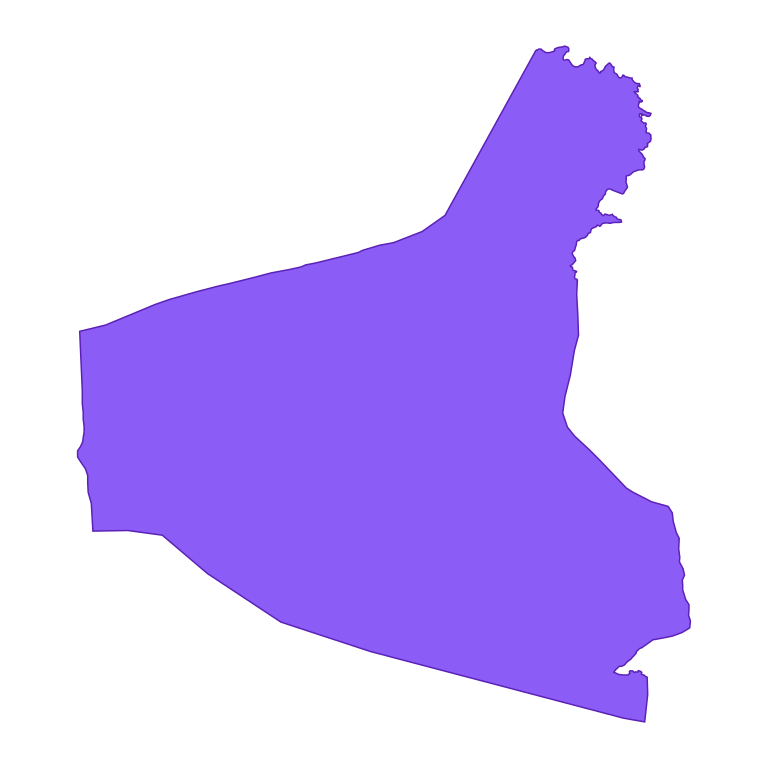 Yahukimo, Papua, Indonesia
{"feature_id": "22746128B87177062694316", "entity_name": "Yahukimo", "entity_type": "district", "adm_level": 2, "iso_a3": "IDN", "parent_name": "Indonesia", "parent_adm1": "Papua", "projection": "albers", "projection_center": [140.01, -4.389], "detail": "fine", "context": "isolated", "style": "filled", "palette": "violet", "viewbox_px": 768, "rotation_deg": 0, "n_neighbors": 0, "source": "geoboundaries", "source_scale": "gbopen_adm2", "svg_char_len": 5969}
<svg xmlns="http://www.w3.org/2000/svg" viewBox="0 0 768 768"><path d="M370.4,651.5L623.6,718.2L644.7,721.9L647.7,694.6L647.2,677.3L646.4,676.7L645.4,676.5L644.6,675.4L643.5,674.9L642.3,674.7L641.5,674.2L641.3,673.7L641.8,672.6L641.5,672.1L640.6,671.4L638.5,670.6L638.2,670.7L638.1,671.6L637.9,672.0L637.4,672.1L635.7,671.8L634.6,672.4L634.0,672.3L633.0,671.2L632.2,670.8L630.6,670.8L629.8,671.0L629.4,671.6L629.8,673.5L628.5,674.3L627.8,675.0L623.3,675.0L618.5,674.4L614.8,672.6L613.8,672.3L614.8,670.6L615.4,670.4L616.0,669.3L617.4,668.2L618.5,666.7L620.3,666.3L621.5,666.3L623.9,665.3L625.0,664.4L626.9,662.1L631.1,658.9L632.3,657.3L633.0,656.7L635.5,654.0L636.2,652.9L636.3,651.8L636.8,651.1L637.7,650.5L638.6,649.4L639.9,648.4L642.3,647.5L643.2,646.7L652.9,639.8L661.4,638.3L672.4,636.1L682.3,632.4L689.7,627.9L690.4,620.9L688.6,615.4L689.0,609.1L689.0,604.7L685.7,599.5L682.7,589.9L682.7,585.5L682.3,580.3L684.5,575.1L683.1,568.8L679.4,561.8L679.8,557.4L678.7,548.9L679.2,538.3L676.4,532.8L673.2,521.2L672.3,512.9L668.2,506.4L651.6,501.8L632.7,492.1L626.3,488.0L598.9,459.3L589.7,450.1L574.4,435.9L567.4,427.1L562.7,413.0L565.0,396.4L570.3,375.3L574.4,350.5L578.5,335.2L577.9,316.9L576.7,294.0L577.3,281.9L577.0,281.2L577.2,280.6L577.4,280.6L577.3,280.1L577.0,279.3L575.2,278.9L574.7,278.2L574.5,277.3L575.0,274.3L574.9,272.8L575.1,272.6L576.4,272.1L576.6,271.7L576.4,271.3L575.3,270.9L573.3,270.4L572.8,269.9L572.4,267.3L572.0,267.0L570.6,266.5L570.2,265.9L571.0,265.1L572.1,264.8L575.7,260.6L575.0,258.0L573.7,256.6L572.3,253.9L572.5,252.2L573.2,251.3L574.1,250.9L574.7,250.3L575.0,248.6L576.3,244.7L576.6,241.8L577.6,240.4L578.4,240.6L579.2,240.3L579.9,239.3L580.9,238.7L584.1,237.9L585.5,237.3L586.1,236.7L586.4,236.1L587.1,235.7L587.7,234.9L587.8,234.0L588.1,233.4L589.6,233.0L590.5,232.4L591.0,229.7L591.5,228.9L592.5,228.2L596.4,226.6L597.3,225.2L598.3,225.4L599.6,226.2L600.7,225.9L601.1,224.9L601.9,224.0L602.9,223.4L603.9,223.1L607.2,222.9L608.5,223.0L609.3,223.3L610.2,223.3L613.5,222.5L620.1,222.4L621.5,222.0L621.2,220.2L620.8,219.8L619.9,219.5L618.1,219.4L617.4,219.1L616.5,218.0L616.4,217.3L614.7,216.8L612.8,215.2L612.3,214.3L609.3,215.4L606.5,214.4L604.9,214.1L604.5,214.9L603.4,215.6L602.5,214.9L601.6,214.7L601.3,213.7L600.7,213.0L599.9,212.7L599.3,212.3L599.1,211.1L598.6,210.4L596.6,210.3L596.0,210.0L596.1,209.1L598.0,206.7L598.4,205.5L598.3,204.1L599.4,201.4L600.6,200.0L602.1,199.0L602.8,197.8L603.2,196.4L603.8,195.5L605.3,194.2L605.6,192.1L606.6,190.3L607.7,189.3L609.1,188.9L610.3,189.0L612.3,190.1L622.2,193.9L623.5,193.5L625.0,190.8L627.1,187.9L627.4,187.1L627.3,186.0L626.8,185.0L626.6,183.8L625.9,182.5L626.3,179.7L626.2,176.3L626.7,175.7L628.3,175.6L629.8,175.0L630.9,174.1L633.4,171.8L638.7,169.9L642.8,169.8L643.9,168.9L644.4,167.8L644.6,166.9L644.0,164.1L644.0,162.1L644.2,161.1L645.0,159.9L645.1,158.8L644.7,158.2L643.5,157.0L642.8,155.3L642.1,154.2L639.1,151.2L638.7,150.5L638.7,149.9L638.8,149.6L639.3,149.3L641.3,150.1L642.4,150.0L644.0,149.1L645.3,147.2L646.8,147.0L647.4,146.7L647.7,146.1L647.3,145.2L647.7,144.4L647.4,143.4L648.5,142.8L650.4,141.3L651.1,138.7L650.8,136.8L650.8,134.9L648.8,133.1L646.7,132.9L646.0,132.2L646.3,131.4L646.2,130.1L646.6,128.7L646.4,128.0L645.4,126.3L645.5,125.6L646.2,124.5L646.0,123.3L645.3,122.9L644.0,123.0L643.4,122.9L641.5,121.2L641.1,120.7L641.9,119.0L641.8,118.1L641.0,117.1L640.1,117.2L639.8,117.0L639.5,116.3L639.4,115.7L639.6,113.9L640.3,113.7L641.4,114.0L642.3,114.1L642.3,114.4L641.6,115.2L641.6,115.7L643.2,115.0L644.7,115.0L645.3,115.2L646.7,116.2L648.8,116.4L649.7,116.0L650.3,115.1L651.0,113.5L650.8,113.3L650.0,113.2L649.3,112.8L647.6,112.7L646.9,112.5L644.8,111.1L643.0,110.2L641.8,109.1L640.7,108.7L638.6,107.2L638.4,104.9L639.0,103.2L639.4,102.6L639.0,102.0L639.0,101.5L639.5,101.4L640.4,102.0L641.6,101.8L642.3,101.4L642.3,100.8L642.0,100.4L640.7,99.8L640.3,99.3L640.1,98.5L639.2,98.3L638.7,97.2L637.7,96.8L637.6,96.5L637.8,95.6L637.7,95.1L636.2,94.1L634.2,91.9L634.5,91.7L635.5,92.2L636.2,91.4L637.1,91.9L638.3,91.6L638.3,91.3L637.9,90.5L638.1,89.3L637.3,88.0L637.3,87.5L637.7,86.3L638.3,85.8L638.6,85.8L639.6,86.6L640.1,86.5L639.9,85.1L639.4,83.7L636.2,83.4L634.1,82.0L632.4,79.9L632.1,79.2L632.1,78.1L630.6,78.1L626.6,76.9L625.6,77.0L624.9,76.5L624.1,75.5L623.5,75.2L622.9,75.1L622.6,75.4L622.8,76.1L621.0,77.8L620.2,78.1L619.3,77.7L618.3,76.8L617.0,74.4L616.4,73.9L614.2,72.6L613.7,70.0L614.0,67.1L613.7,66.9L613.2,67.1L612.7,67.0L610.4,63.6L609.6,63.0L609.1,63.1L608.5,63.5L605.8,66.0L604.9,67.3L603.7,69.7L602.7,70.7L600.5,71.6L600.4,71.8L600.6,72.4L600.3,73.0L600.0,73.1L599.0,72.8L597.6,70.3L597.0,70.1L596.0,68.9L595.5,67.9L594.9,65.3L595.1,64.8L596.1,63.2L596.0,62.7L595.6,62.6L594.9,61.6L592.9,60.3L592.3,59.2L590.9,58.6L590.4,58.1L590.1,58.3L589.7,58.2L589.6,57.7L589.0,58.5L588.4,58.7L586.1,58.9L585.2,59.4L585.1,60.4L583.9,62.9L583.8,63.6L582.9,64.5L581.0,64.9L578.4,66.5L577.2,66.9L575.0,66.8L573.9,66.4L572.6,65.5L571.8,64.6L568.7,59.9L566.8,59.5L565.2,60.1L564.4,60.2L563.6,59.7L563.1,59.0L563.3,56.9L563.6,55.8L565.0,54.1L565.7,52.8L566.8,51.7L567.2,51.6L568.1,51.7L568.8,51.0L568.8,48.7L568.4,47.9L567.9,47.2L567.0,47.0L565.8,46.4L564.9,46.3L564.4,46.1L562.6,47.0L561.4,46.9L560.6,47.2L560.0,47.2L557.6,47.7L555.3,48.6L554.8,48.9L554.5,49.9L554.8,50.3L554.7,50.7L552.8,51.7L548.8,52.7L545.5,52.5L543.8,51.2L542.4,50.5L541.7,49.6L541.0,49.1L538.7,49.1L537.3,50.0L536.5,50.0L536.3,50.5L535.4,51.0L535.1,51.8L445.0,215.4L422.2,231.5L393.5,242.7L379.7,245.2L362.7,250.3L358.3,252.5L315.1,263.1L305.7,264.9L300.8,267.0L290.0,269.4L271.2,272.9L248.2,278.9L228.4,283.8L219.0,285.9L197.4,291.5L169.9,299.3L155.3,304.4L105.4,325.1L79.7,331.3L82.3,391.1L82.3,403.5L83.2,412.3L83.2,419.0L84.1,426.5L84.1,432.2L83.1,438.2L82.8,441.5L80.6,446.4L77.6,450.8L77.6,457.0L80.7,461.9L85.5,468.9L87.7,475.5L87.7,482.6L88.2,492.4L91.3,503.4L92.9,531.1L127.8,530.5L162.3,535.2L207.5,573.6L280.9,622.1L370.4,651.5Z" fill="#8b5cf6" stroke="#5b21b6" stroke-width="1.5"/></svg>